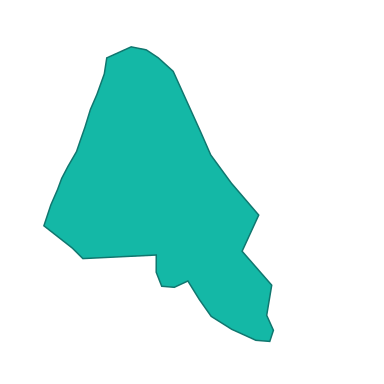 outline of Senador Georgino Avelino, Rio Grande do Norte, Brazil, rotated 206°
{"feature_id": "56859067B48264665156526", "entity_name": "Senador Georgino Avelino", "entity_type": "district", "adm_level": 2, "iso_a3": "BRA", "parent_name": "Brazil", "parent_adm1": "Rio Grande do Norte", "projection": "albers", "projection_center": [-35.121, -6.162], "detail": "fine", "context": "isolated", "style": "filled", "palette": "teal", "viewbox_px": 384, "rotation_deg": 206, "n_neighbors": 0, "source": "geoboundaries", "source_scale": "gbopen_adm2", "svg_char_len": 599}
<svg xmlns="http://www.w3.org/2000/svg" viewBox="0 0 384 384"><g transform="rotate(206 192 192)"><path d="M261.8,292.2L281.1,297.8L295.4,299.7L310.3,295.8L327.4,275.2L322.6,259.7L320.2,237.9L319.5,221.8L316.6,203.2L315.1,190.5L313.5,177.7L314.7,160.7L315.1,147.1L313.9,135.2L313.2,118.5L310.3,96.7L274.9,89.1L260.9,84.3L196.5,119.7L189.0,104.2L177.9,94.0L166.1,98.6L156.7,110.2L138.3,98.6L120.2,88.6L96.1,86.0L69.6,86.7L56.6,91.8L58.2,103.4L70.8,113.9L79.5,143.2L121.0,160.7L121.9,200.5L160.5,217.2L191.4,233.5L210.0,249.3L261.8,292.2Z" fill="#14b8a6" stroke="#0f766e" stroke-width="1.5"/></g></svg>